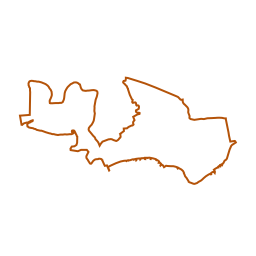 Boca del Río, Veracruz, Mexico (orthographic projection), rotated 95°
{"feature_id": "50627088B5149905661880", "entity_name": "Boca del Río", "entity_type": "district", "adm_level": 2, "iso_a3": "MEX", "parent_name": "Mexico", "parent_adm1": "Veracruz", "projection": "orthographic", "projection_center": [-96.121, 19.113], "detail": "fine", "context": "isolated", "style": "outline", "palette": "amber", "viewbox_px": 256, "rotation_deg": 95, "n_neighbors": 0, "source": "geoboundaries", "source_scale": "gbopen_adm2", "svg_char_len": 5859}
<svg xmlns="http://www.w3.org/2000/svg" viewBox="0 0 256 256"><g transform="rotate(95 128 128)"><path d="M167.7,147.8L167.1,145.7L172.0,143.1L171.9,143.0L168.8,144.5L167.7,143.2L166.7,141.5L164.1,136.9L162.0,132.4L161.0,129.1L160.7,127.0L161.0,126.8L161.1,126.6L160.7,126.2L160.1,125.1L160.1,124.6L160.5,124.5L160.8,124.0L160.5,124.2L160.2,123.9L159.4,121.9L158.9,120.9L158.7,119.6L159.2,119.3L159.8,118.8L159.2,119.2L158.7,119.3L158.1,117.5L159.5,117.0L159.4,116.9L158.2,117.3L157.6,115.5L157.3,113.3L158.3,113.0L158.2,112.9L157.3,113.1L156.9,111.8L156.8,110.4L157.7,110.2L156.7,110.2L156.4,108.5L157.5,108.3L157.5,108.1L156.2,108.3L156.0,106.2L157.1,106.2L156.0,106.0L155.7,104.1L155.8,102.9L157.0,102.8L157.0,102.7L155.9,102.7L156.0,100.8L156.6,97.6L157.0,96.9L158.4,97.2L157.2,96.7L157.4,96.1L158.1,94.7L158.7,94.1L160.0,94.4L160.0,94.2L159.4,94.1L159.4,93.8L160.3,92.5L160.9,91.8L161.3,91.6L162.4,92.5L162.6,92.4L161.5,91.4L162.2,89.9L163.9,88.7L162.3,86.8L162.4,85.3L162.3,81.6L162.1,79.6L162.4,77.4L162.7,76.0L163.1,74.8L163.9,75.1L164.5,75.6L164.4,75.4L164.1,75.0L163.2,74.7L164.7,71.2L166.0,69.5L166.7,69.0L167.9,68.3L168.2,68.4L169.7,67.5L170.9,67.0L171.4,66.6L173.0,65.0L173.4,64.8L175.6,63.1L176.3,62.9L176.7,62.1L177.0,60.9L177.3,59.8L177.7,58.5L177.9,57.3L177.8,56.7L176.8,54.4L175.6,53.1L174.0,50.7L172.7,49.4L171.4,48.3L169.3,46.2L167.3,43.6L166.3,41.9L167.6,40.7L166.0,41.6L164.6,40.1L164.3,39.2L164.6,38.3L165.2,37.7L164.4,37.6L163.7,37.7L162.8,38.2L162.1,38.8L161.9,38.6L161.2,37.8L159.9,36.0L159.6,35.1L159.7,34.6L160.2,34.4L159.6,34.4L158.7,34.8L158.0,34.1L157.8,33.3L158.1,32.6L157.7,32.5L156.8,32.9L156.7,32.6L156.6,32.3L156.3,32.0L156.4,31.4L156.7,31.0L156.1,30.8L155.5,30.9L155.1,30.4L154.6,29.9L152.1,28.9L151.0,27.5L150.2,27.0L149.8,26.8L140.7,24.9L136.8,23.6L136.2,23.2L135.6,22.6L133.0,19.3L131.8,20.1L131.6,20.6L132.6,24.9L127.2,26.6L123.3,27.6L111.1,31.2L109.9,31.4L110.0,32.3L109.9,33.5L109.7,35.3L109.8,38.1L110.1,40.5L110.3,41.6L110.9,45.9L111.4,49.8L112.5,53.1L112.5,56.0L114.1,62.6L114.0,63.5L113.6,66.5L112.8,67.6L112.4,67.7L111.4,67.7L110.7,67.7L107.4,69.3L106.8,69.4L105.1,69.4L103.9,69.6L103.2,69.9L102.1,70.7L99.8,73.4L99.1,74.4L98.2,75.2L97.6,75.5L96.8,75.8L94.9,76.0L95.3,77.4L95.1,78.2L92.8,80.8L92.2,82.4L88.3,94.6L85.3,104.0L82.9,112.2L82.1,115.0L80.3,122.8L78.4,131.6L78.2,132.5L78.1,134.5L78.8,134.4L81.0,134.6L81.3,135.2L81.5,136.4L82.2,136.8L83.0,136.8L83.7,136.2L84.3,135.3L86.0,133.5L86.5,132.8L88.1,132.1L88.7,131.5L89.4,131.4L94.8,129.1L98.9,126.7L99.4,126.2L99.6,125.8L100.6,125.9L101.2,125.9L101.6,126.1L101.9,126.0L102.2,125.8L102.5,125.5L102.4,124.9L101.9,123.3L101.9,122.8L102.4,122.3L102.9,122.1L104.4,121.8L104.6,121.6L104.9,121.3L104.6,120.3L104.7,119.6L105.1,119.2L105.9,118.9L106.6,118.9L107.9,119.0L109.0,120.4L109.4,121.1L109.7,121.6L110.3,121.6L110.9,121.5L111.4,121.2L111.9,120.1L111.9,118.7L111.9,118.1L112.1,117.7L113.0,117.8L113.6,119.7L116.4,123.8L119.6,122.2L121.3,123.3L122.6,123.4L124.1,122.8L125.1,123.7L125.2,124.6L126.9,127.5L128.4,129.0L128.9,132.2L131.4,131.8L134.6,135.4L135.4,134.9L136.0,134.9L137.4,134.6L137.8,134.7L138.4,135.0L138.8,135.5L139.9,136.2L140.7,136.8L141.5,137.8L141.9,138.4L141.9,138.9L141.4,140.8L141.3,141.4L141.1,141.9L140.8,142.5L140.6,143.3L140.6,144.6L140.8,145.2L141.0,146.4L143.8,152.2L146.2,153.8L148.1,154.7L144.9,156.4L143.4,157.8L142.0,159.4L141.2,159.7L140.2,160.3L138.7,162.1L136.9,163.8L134.0,166.7L132.9,167.1L131.4,167.0L129.6,165.9L127.9,164.5L125.5,163.4L123.7,162.8L121.8,162.6L116.4,162.3L114.0,163.0L110.7,163.1L109.4,163.3L102.7,162.7L99.8,161.9L98.8,161.7L96.2,161.4L95.3,161.5L94.4,161.8L93.7,162.6L93.4,163.7L93.2,165.3L93.4,167.0L94.1,170.1L94.3,171.7L94.6,172.9L94.7,173.7L94.5,176.2L93.5,177.5L92.3,178.3L91.7,178.6L90.6,179.0L88.8,179.7L88.5,180.7L87.9,181.2L87.7,181.7L87.3,182.6L87.1,183.7L87.2,184.7L87.4,185.9L88.7,187.8L89.3,188.9L91.8,191.1L92.7,191.8L94.4,192.7L96.7,193.7L98.8,194.1L103.7,194.2L105.3,194.4L107.9,195.3L108.6,196.3L108.9,197.0L108.8,197.8L109.2,199.2L109.6,203.3L109.9,205.1L110.1,207.5L110.0,208.0L109.6,208.1L109.2,208.2L107.9,208.4L107.1,208.3L106.6,208.1L104.7,207.4L102.4,206.8L101.1,206.8L98.5,207.3L96.6,208.4L95.3,209.7L94.0,210.5L92.8,211.7L91.5,213.8L91.0,215.2L90.6,216.6L90.1,218.1L89.7,220.4L89.6,221.3L89.7,221.7L89.7,223.0L89.6,223.5L89.5,224.7L89.6,225.7L89.4,226.6L89.4,228.3L89.8,229.6L90.3,230.3L91.2,230.7L92.2,231.0L94.3,230.7L95.0,230.2L96.0,229.9L96.9,229.1L99.2,228.9L100.7,228.6L123.5,227.0L124.6,233.5L125.1,236.7L134.9,234.1L134.7,234.1L134.3,233.8L133.6,233.3L132.4,232.0L131.4,229.4L131.2,228.1L130.9,227.5L130.4,227.0L130.1,226.4L129.5,225.6L129.1,224.8L128.9,224.3L128.6,223.6L128.9,223.5L129.5,223.7L130.4,225.4L130.7,225.8L131.1,226.2L131.4,227.0L131.7,227.5L132.5,228.4L133.6,228.7L134.3,228.4L135.2,228.3L135.4,227.8L136.0,227.0L136.3,225.4L136.5,222.6L137.0,221.4L137.1,220.1L137.8,218.8L138.3,215.3L138.2,214.1L138.7,212.0L139.4,209.5L140.2,205.6L140.2,204.9L140.7,202.9L140.6,201.3L140.9,199.7L141.1,197.1L140.8,196.2L140.4,194.3L140.3,192.5L139.8,190.4L139.8,188.3L139.2,185.3L139.1,183.9L138.9,183.3L138.7,183.1L138.3,182.3L137.6,181.6L137.1,181.6L137.0,181.9L136.9,182.1L136.8,183.3L136.8,183.5L136.3,183.6L136.1,183.6L135.8,183.6L135.5,183.5L135.3,183.0L135.2,182.4L135.2,181.9L135.4,181.3L136.5,180.5L139.0,179.1L139.5,178.7L140.7,178.2L141.0,177.8L147.1,177.4L149.4,177.9L150.9,179.8L151.4,182.4L153.7,183.5L155.0,183.2L155.5,175.9L153.9,172.9L153.4,167.1L155.3,165.3L159.4,166.9L160.2,167.0L161.4,166.8L161.9,166.5L163.1,165.4L165.0,164.1L165.6,163.5L166.3,163.1L166.8,162.5L166.8,161.9L166.7,161.5L166.1,161.1L164.1,160.0L163.2,159.2L162.4,158.3L162.0,157.4L161.9,157.0L161.6,155.1L161.2,154.5L161.1,153.4L161.2,152.3L161.4,151.6L162.0,151.2L162.3,150.7L162.7,150.7L163.3,150.3L166.2,148.7L167.7,147.8Z" fill="none" stroke="#b45309" stroke-width="2"/></g></svg>